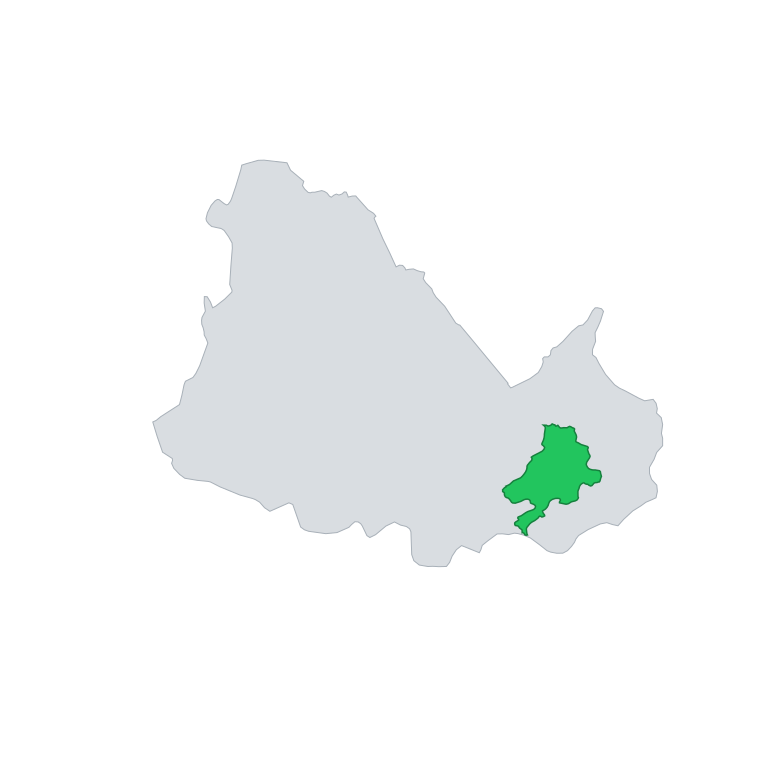 where Houet sits in Burkina Faso, rotated 231°
{"feature_id": "BFA-2799", "entity_name": "Houet", "entity_type": "Province", "adm_level": 1, "iso_a3": "BFA", "parent_name": "Burkina Faso", "parent_adm1": "", "projection": "natural_earth1", "projection_center": [-4.316, 11.385], "detail": "fine", "context": "in_parent", "style": "filled", "palette": "green", "viewbox_px": 768, "rotation_deg": 231, "n_neighbors": 0, "source": "natural_earth", "source_scale": "10m", "svg_char_len": 6065}
<svg xmlns="http://www.w3.org/2000/svg" viewBox="0 0 768 768"><g transform="rotate(231 384 384)"><path d="M546.3,480.4L529.4,481.2L523.2,483.3L519.5,483.3L519.4,481.5L518.9,480.5L497.6,474.5L482.6,471.0L467.4,467.1L466.6,470.8L464.4,473.1L461.1,473.3L458.9,472.7L457.4,475.6L454.9,479.3L451.3,481.1L447.9,483.4L446.0,485.4L444.6,485.5L441.1,480.7L436.5,480.2L427.9,481.0L424.0,479.7L418.7,479.1L406.2,480.1L386.2,478.1L383.0,479.2L382.1,480.0L362.3,480.3L340.6,480.5L322.4,480.7L306.5,480.9L306.4,480.1L301.3,480.0L300.7,481.6L296.3,500.7L295.8,511.1L298.2,517.5L300.9,521.6L303.9,523.3L304.2,525.6L301.8,528.6L302.0,531.7L304.9,534.8L305.6,538.1L304.1,541.6L304.5,550.0L306.6,563.3L306.7,571.9L304.7,575.8L305.6,582.5L309.6,592.0L310.3,596.0L308.9,597.9L305.6,600.4L302.3,600.3L298.5,594.5L296.8,592.0L293.7,586.1L291.0,580.3L287.5,577.7L284.0,575.3L279.7,567.9L275.5,564.4L271.2,565.4L264.8,564.0L252.0,562.2L238.3,562.7L232.5,564.4L226.9,567.1L212.6,573.1L206.9,576.0L202.7,583.5L197.8,583.3L192.9,580.9L189.9,577.5L183.4,578.3L177.1,575.0L171.0,568.5L166.5,566.4L160.7,561.7L159.2,552.8L155.5,546.5L152.2,537.9L147.3,534.0L141.5,531.9L133.7,532.3L128.5,528.9L124.4,523.8L125.5,519.4L127.3,513.1L127.6,507.1L128.8,497.4L128.0,485.1L126.6,476.6L131.0,473.1L136.0,469.9L139.1,464.1L142.4,451.1L143.8,439.9L142.8,435.7L141.1,432.4L139.8,427.6L139.0,421.7L140.0,416.5L143.8,411.7L148.5,407.7L151.9,405.8L160.9,403.8L172.1,400.9L178.6,397.5L183.3,394.1L186.0,391.5L188.6,386.0L193.0,381.8L196.3,377.5L196.8,365.6L196.8,358.8L194.3,355.1L192.9,351.9L209.6,342.6L209.7,336.0L207.4,328.7L204.1,322.8L202.9,317.7L207.5,311.7L211.6,307.2L214.5,303.3L221.1,297.5L227.9,296.0L234.0,298.2L252.2,311.9L255.4,312.8L259.2,311.7L263.9,308.1L270.2,305.3L272.4,296.1L272.2,282.6L273.6,276.4L276.9,275.3L287.4,277.8L290.1,278.0L293.1,277.1L295.3,274.7L295.2,270.4L294.7,266.5L298.1,254.0L304.3,244.6L316.9,232.8L320.8,230.4L325.3,229.2L347.8,237.3L351.5,235.3L356.9,215.2L363.0,213.3L370.4,213.0L375.1,211.3L377.6,209.9L388.3,202.2L407.1,191.9L417.2,187.4L419.2,185.8L426.5,178.4L436.1,169.9L442.2,168.3L450.7,167.6L456.0,169.0L457.5,171.4L459.3,172.6L470.3,169.0L486.2,174.8L500.0,180.4L499.1,183.9L499.1,190.2L498.0,200.2L496.7,212.1L502.4,219.8L509.2,228.1L511.1,231.4L509.3,239.6L510.6,244.4L514.2,252.3L520.4,262.5L526.7,272.9L531.1,274.3L535.2,275.1L537.7,277.0L541.4,278.8L545.1,280.0L548.3,282.3L550.3,284.5L553.0,291.0L560.1,295.2L565.0,299.4L563.1,301.5L556.9,300.7L551.1,298.8L550.4,301.9L550.2,313.7L551.2,323.6L552.5,324.9L558.4,326.7L572.3,339.5L585.0,351.6L589.2,354.7L596.2,355.9L604.0,356.4L607.3,355.3L614.8,349.2L618.8,348.5L622.5,348.7L624.5,349.7L628.2,354.6L631.6,362.1L632.6,367.7L632.3,370.6L631.2,371.8L625.0,373.2L622.3,374.3L621.7,375.9L622.7,379.7L623.9,382.1L630.7,392.9L640.6,407.5L643.6,411.2L641.9,415.6L637.0,427.0L633.4,431.7L617.0,447.8L608.9,445.9L592.0,449.2L589.5,445.5L585.6,445.0L580.7,445.6L578.9,447.1L578.4,448.6L576.6,450.9L573.5,457.3L571.1,458.9L568.1,459.9L564.4,459.8L562.3,460.6L562.3,463.8L561.6,466.5L559.2,467.9L558.1,471.0L558.3,474.0L556.9,475.4L553.7,474.6L551.8,473.8L550.0,477.7L547.9,480.4L546.3,480.4Z" fill="#d9dde1" stroke="#a8b0b8" stroke-width="1"/><path d="M179.6,398.8L180.3,398.8L181.6,398.0L181.6,397.9L182.1,398.2L182.6,398.7L183.7,399.4L185.3,399.1L186.9,398.7L188.2,398.9L189.5,398.7L191.4,397.0L192.4,397.2L193.3,397.7L193.9,398.5L193.9,399.8L193.6,401.7L193.6,403.1L194.4,403.5L195.7,403.6L196.2,404.5L195.8,406.0L195.3,407.5L195.1,409.1L195.0,410.8L194.8,413.2L194.4,415.4L192.6,420.3L192.3,421.6L192.5,423.4L193.7,424.9L195.0,425.0L196.1,424.6L197.2,424.1L198.1,423.5L199.3,423.0L201.6,424.2L202.9,424.0L204.2,423.1L205.3,421.6L206.0,419.9L206.5,417.3L206.8,416.1L208.8,411.0L210.6,409.1L211.9,408.7L213.5,408.9L215.2,409.0L216.9,408.8L217.9,408.3L218.8,407.6L220.2,407.3L221.8,407.7L222.9,408.4L223.7,409.1L224.7,408.9L225.7,408.5L226.0,408.9L226.6,409.2L227.1,409.5L227.5,411.8L227.5,412.8L227.2,414.1L227.5,414.8L227.8,414.7L227.4,416.1L226.9,418.4L227.2,423.6L225.1,431.1L225.3,433.6L225.8,436.0L226.5,438.5L227.5,440.6L228.7,442.2L230.0,443.3L230.6,444.2L231.4,447.8L231.7,450.7L232.9,452.2L234.4,452.4L234.3,454.5L232.2,464.6L232.6,467.3L233.7,469.0L235.6,469.0L237.5,468.6L237.8,468.8L238.3,469.2L240.0,472.5L241.4,474.5L242.8,476.0L244.1,477.1L248.0,481.4L249.1,482.2L250.6,482.2L251.7,482.0L249.8,484.2L249.2,484.5L248.9,484.6L248.5,484.7L247.9,485.3L247.1,487.1L247.0,488.2L247.2,489.3L246.8,489.9L245.8,490.1L244.7,491.1L243.9,490.9L243.2,490.9L242.8,491.5L242.5,493.1L239.7,493.1L238.6,493.6L237.8,494.7L237.0,496.1L234.8,498.7L234.6,500.2L234.3,501.5L233.4,502.2L231.2,503.0L230.3,503.7L229.1,503.8L227.7,502.2L223.9,501.4L222.4,500.8L221.5,500.2L220.7,499.2L219.1,497.2L218.6,496.9L217.8,497.0L215.9,498.0L213.1,499.0L211.5,500.0L210.8,500.5L207.3,502.8L206.2,502.8L205.6,502.1L205.2,501.2L204.6,500.7L200.8,499.3L199.1,499.1L198.1,498.6L197.3,497.3L195.7,492.4L194.3,490.6L192.7,490.0L191.2,489.8L189.6,489.8L188.0,490.5L186.1,491.9L184.9,493.2L184.4,493.9L181.0,496.9L179.7,497.0L178.2,496.1L176.4,495.3L175.3,494.8L174.6,493.4L172.7,490.8L172.4,489.7L172.7,489.4L173.4,487.4L174.4,486.1L174.8,484.9L174.5,483.4L174.2,481.7L174.7,480.4L176.2,479.6L177.9,479.2L178.8,478.2L180.0,477.5L181.4,477.2L181.8,476.4L182.0,475.4L182.1,474.3L181.9,472.9L181.3,471.4L180.1,469.8L179.2,468.1L178.4,467.0L174.3,463.8L173.5,463.7L173.1,463.2L172.7,462.2L172.4,460.9L172.8,459.1L174.5,455.5L174.7,453.8L174.9,452.1L175.7,450.3L176.5,449.4L181.2,445.6L181.9,446.1L182.6,447.9L183.2,448.3L183.9,448.4L184.9,448.0L186.2,446.6L187.2,445.2L187.7,444.1L188.4,442.2L188.6,440.0L188.4,438.5L187.5,436.8L186.4,435.2L185.6,433.2L185.2,430.9L185.3,429.5L185.7,427.4L184.8,426.8L183.2,426.4L181.4,426.4L180.4,425.9L180.6,424.7L180.9,423.6L181.5,422.8L182.6,422.5L183.4,421.7L183.4,420.8L183.0,420.0L182.9,418.7L183.0,415.3L183.7,411.5L183.6,409.2L182.6,404.6L181.8,403.4L178.5,401.3L177.4,400.7L176.4,400.5L176.9,399.5L177.6,398.8L178.3,398.6L179.6,398.8Z" fill="#22c55e" stroke="#15803d" stroke-width="1.5"/></g></svg>